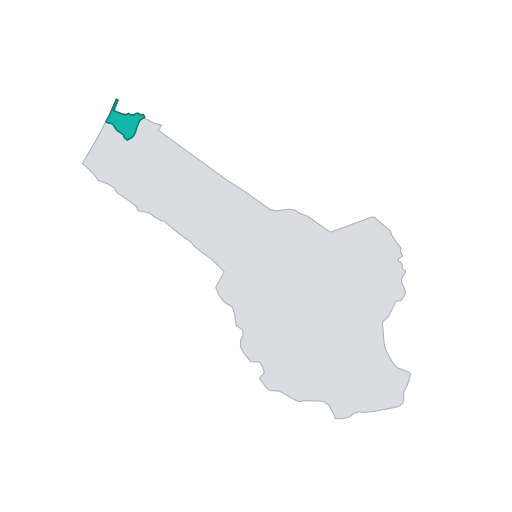 Mono highlighted on a map of Benin, rotated 126°
{"feature_id": "BEN-2180", "entity_name": "Mono", "entity_type": "Department", "adm_level": 1, "iso_a3": "BEN", "parent_name": "Benin", "parent_adm1": "", "projection": "albers", "projection_center": [1.785, 6.48], "detail": "fine", "context": "in_parent", "style": "filled", "palette": "teal", "viewbox_px": 512, "rotation_deg": 126, "n_neighbors": 0, "source": "natural_earth", "source_scale": "10m", "svg_char_len": 2780}
<svg xmlns="http://www.w3.org/2000/svg" viewBox="0 0 512 512"><g transform="rotate(126 256 256)"><path d="M211.5,461.0L210.7,458.7L221.8,455.8L219.5,447.1L212.6,436.7L209.9,434.8L208.5,429.7L210.2,426.3L209.4,424.0L208.8,417.0L205.5,409.3L211.7,409.0L211.7,384.2L211.7,360.5L211.7,340.2L211.7,324.2L210.5,305.0L210.3,290.9L210.1,272.3L207.9,266.5L198.5,256.7L196.0,251.6L195.6,244.8L193.5,237.9L193.3,225.7L193.2,211.6L192.4,209.3L182.3,202.6L168.0,193.0L157.1,185.7L156.3,185.2L155.2,183.3L156.8,161.8L159.1,159.0L162.5,150.2L164.2,143.1L165.8,143.1L168.0,140.8L169.8,137.4L171.7,138.1L174.9,138.8L176.3,137.6L176.1,134.9L177.2,132.3L179.7,131.1L180.3,128.7L180.4,125.9L182.5,125.2L186.2,125.3L189.2,124.5L191.6,123.0L194.7,117.5L196.5,115.6L197.0,114.2L198.8,113.0L203.7,112.4L207.6,112.8L210.1,116.1L227.0,113.2L235.1,114.9L251.5,100.9L255.2,96.8L260.1,86.9L261.8,83.1L263.4,76.3L260.1,63.8L260.3,61.6L267.1,58.9L275.5,56.8L278.8,56.6L280.9,55.5L284.0,52.8L289.0,50.8L292.0,51.5L293.8,51.9L311.6,68.4L319.3,76.7L321.4,81.0L325.4,84.1L331.3,85.9L336.7,90.2L340.9,96.2L338.2,100.5L334.0,109.3L333.9,116.2L343.8,130.7L345.0,132.2L347.6,134.4L349.0,137.1L350.2,144.3L350.9,152.4L351.7,157.8L356.5,165.4L356.8,168.5L353.5,179.9L352.8,181.1L351.9,181.4L346.7,180.5L344.5,181.7L341.8,185.6L340.1,189.5L340.0,191.1L344.6,198.2L341.7,208.6L338.8,215.1L333.5,218.8L328.8,219.7L325.5,221.4L323.6,223.7L323.9,231.1L316.9,237.9L313.1,242.6L311.2,245.5L312.0,254.2L309.5,263.0L305.2,270.0L295.6,271.5L287.5,272.4L284.7,290.1L284.9,301.3L284.2,312.7L282.8,317.4L283.4,324.0L282.8,338.9L281.8,350.6L283.2,353.7L284.0,360.6L284.0,367.7L286.1,372.7L288.3,377.0L288.3,379.2L287.1,380.6L286.1,382.5L286.1,399.2L286.5,404.3L285.9,407.5L284.2,410.1L284.9,418.6L286.3,424.0L287.8,428.0L286.4,431.3L285.2,435.7L283.4,446.9L283.3,450.8L255.5,453.6L224.5,458.1L211.5,461.0Z" fill="#d9dde1" stroke="#a8b0b8" stroke-width="1"/><path d="M212.5,437.3L211.8,437.3L211.3,436.9L210.8,436.5L210.3,436.0L209.9,435.4L209.6,434.7L209.7,434.1L209.8,433.6L209.8,433.1L209.1,431.7L208.2,431.0L207.8,430.3L208.3,428.8L209.3,427.5L209.6,427.6L213.2,429.3L214.3,429.5L215.8,429.5L222.0,428.0L226.2,426.5L229.8,425.7L232.0,425.8L234.0,426.4L238.1,428.4L237.7,430.1L237.8,431.3L237.7,432.0L237.5,432.5L237.0,433.0L236.6,433.5L236.1,434.3L235.9,434.9L235.8,435.5L235.9,437.3L236.1,441.0L236.1,442.4L235.9,443.2L235.5,444.2L234.1,447.9L233.7,449.3L233.9,451.4L234.9,452.9L235.5,454.6L235.7,455.8L235.7,456.4L228.9,457.1L211.3,461.2L210.8,459.8L212.2,459.1L220.7,457.1L222.1,457.0L220.9,452.1L219.6,447.1L217.9,444.3L217.3,443.9L215.9,443.2L215.4,442.8L215.3,442.2L215.5,440.8L215.4,440.1L215.0,439.6L213.9,438.7L213.7,438.2L213.6,437.4L213.1,437.3L212.5,437.3Z" fill="#14b8a6" stroke="#0f766e" stroke-width="1.5"/></g></svg>